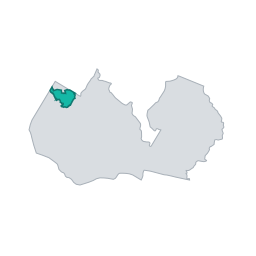 Zambezi, North-Western, Zambia shown in context, rotated 31°
{"feature_id": "96606910B76619304368438", "entity_name": "Zambezi", "entity_type": "district", "adm_level": 2, "iso_a3": "ZMB", "parent_name": "Zambia", "parent_adm1": "North-Western", "projection": "mercator", "projection_center": [22.726, -13.599], "detail": "medium", "context": "in_parent", "style": "filled", "palette": "teal", "viewbox_px": 256, "rotation_deg": 31, "n_neighbors": 0, "source": "geoboundaries", "source_scale": "gbopen_adm2", "svg_char_len": 5222}
<svg xmlns="http://www.w3.org/2000/svg" viewBox="0 0 256 256"><g transform="rotate(31 128 128)"><path d="M166.1,165.8L156.2,165.8L152.7,166.6L149.7,167.9L146.2,169.8L144.2,171.1L143.6,171.9L143.3,173.5L143.3,176.0L143.0,177.8L141.9,179.5L136.6,181.5L133.1,183.2L129.7,185.1L127.1,187.7L125.3,190.8L122.3,194.7L116.2,201.6L112.6,202.9L109.6,202.6L106.0,201.1L103.1,200.9L101.0,201.8L99.1,201.5L97.3,200.0L95.7,199.5L94.5,199.9L93.0,199.8L90.1,199.0L87.6,196.6L86.3,195.5L85.3,195.2L82.3,194.8L75.6,194.2L68.5,195.4L62.3,196.7L56.0,191.2L50.0,185.3L48.7,183.9L46.4,181.9L44.8,181.0L44.1,180.5L42.5,175.4L41.6,170.6L41.6,125.5L69.2,125.5L70.9,125.3L71.0,124.8L69.7,122.4L69.8,121.6L70.1,119.9L71.4,116.7L71.4,115.6L70.9,112.1L70.9,110.1L71.2,106.2L71.1,104.8L71.7,103.0L71.9,101.8L72.2,101.3L71.9,100.0L71.3,95.3L71.0,93.3L72.6,93.6L73.2,94.5L73.5,95.6L74.3,95.7L76.2,96.3L76.9,97.2L77.4,99.1L77.1,100.0L76.4,100.8L77.1,101.5L78.4,102.0L79.2,101.8L81.4,100.5L83.4,100.1L84.5,99.7L89.0,98.9L89.9,98.4L90.6,98.4L91.0,98.8L90.6,100.1L90.5,101.3L91.0,103.6L91.4,104.6L92.4,105.4L93.1,105.8L93.9,106.6L95.4,106.4L98.9,107.6L100.0,108.1L101.5,108.6L102.5,108.8L106.1,109.3L109.9,109.9L111.9,109.9L113.3,109.8L114.2,109.5L114.8,109.1L115.1,108.8L116.5,104.5L117.3,104.2L118.2,104.0L118.8,104.3L119.4,107.0L122.1,109.5L123.1,111.5L123.8,113.3L124.4,113.7L125.4,114.3L127.1,114.6L128.6,114.6L136.0,117.6L136.8,118.2L137.7,119.7L138.2,121.6L138.8,123.0L139.8,123.2L140.6,123.4L141.5,124.3L142.1,125.2L144.3,128.7L144.6,130.1L145.7,131.1L147.1,131.5L148.4,131.5L149.2,131.1L151.1,130.4L152.6,129.5L153.7,129.2L154.3,129.4L154.8,130.0L155.1,131.8L156.1,132.4L156.9,132.1L157.2,131.4L157.2,131.1L157.2,112.7L156.5,112.8L155.7,113.3L153.7,113.4L153.0,113.8L152.7,114.3L152.9,115.1L152.9,116.2L152.6,116.6L151.8,116.8L150.5,116.4L148.3,115.9L146.4,115.6L145.1,114.2L143.2,112.1L142.0,111.1L139.2,108.9L138.7,108.5L137.8,107.5L137.0,105.8L136.3,103.8L135.9,102.5L136.6,100.6L138.3,94.2L138.7,92.2L140.1,90.2L140.2,88.4L139.6,86.1L139.8,84.9L140.0,77.6L139.6,75.3L138.7,72.8L136.6,69.3L136.6,68.5L139.8,66.3L140.7,65.4L142.4,63.5L143.5,62.0L144.2,60.7L144.5,59.0L143.9,57.5L145.0,57.2L171.4,53.1L171.7,54.2L172.5,56.0L173.4,57.3L174.6,58.5L175.5,59.1L176.2,59.4L180.2,59.3L181.7,60.0L183.0,60.9L183.3,62.3L184.1,63.1L185.0,63.8L185.4,63.9L186.1,63.7L187.1,63.7L188.1,64.0L188.6,64.3L188.7,65.5L189.0,66.0L190.4,66.2L191.8,66.3L193.1,67.1L194.6,67.2L196.2,67.5L197.0,68.4L198.8,69.2L201.0,70.0L203.4,71.3L203.5,71.7L203.9,72.4L204.3,73.0L204.4,73.8L204.6,74.5L205.2,74.7L205.7,74.7L206.2,74.2L206.8,74.2L207.5,74.6L207.8,75.4L208.3,76.6L209.2,77.3L209.8,78.1L209.6,79.5L209.2,80.7L210.4,82.0L212.0,83.2L212.4,83.7L212.6,85.5L212.8,86.1L213.9,87.5L214.4,88.5L214.4,89.0L211.5,91.9L209.7,92.4L209.0,93.0L208.5,93.6L209.6,96.5L210.2,97.6L209.7,99.0L208.6,101.3L208.1,101.5L208.0,103.3L208.3,103.9L208.9,104.4L209.1,105.6L209.1,108.6L208.4,112.0L209.7,115.0L210.1,115.3L211.9,115.3L212.2,115.6L211.8,116.4L210.5,117.7L208.2,118.7L204.9,119.9L204.3,120.9L203.8,122.5L204.2,123.4L204.6,123.9L204.5,125.3L204.2,126.7L204.3,127.9L204.1,128.9L203.7,129.4L203.1,130.9L202.4,132.4L201.9,133.1L201.0,133.8L199.7,134.4L199.8,134.7L201.2,135.4L201.6,135.9L201.8,136.3L201.1,137.0L201.8,137.5L202.7,137.9L203.4,138.9L204.3,140.8L204.5,141.0L204.8,141.0L205.3,140.8L206.2,140.1L206.8,139.8L207.6,140.9L193.9,145.6L190.6,146.6L185.8,148.2L184.3,148.9L183.0,149.5L170.2,153.2L168.2,153.9L163.7,155.8L163.5,156.1L163.6,157.0L164.0,158.8L164.8,160.4L165.4,161.3L165.9,163.7L166.1,165.8Z" fill="#d9dde1" stroke="#a8b0b8" stroke-width="1"/><path d="M41.8,132.1L41.9,136.5L41.9,136.4L42.1,136.3L43.0,136.9L43.6,137.1L44.0,136.8L44.5,137.2L44.8,137.0L45.2,137.1L45.5,136.8L46.0,136.9L46.3,137.2L46.5,137.2L46.6,137.6L47.0,137.5L47.7,138.1L48.0,138.2L48.1,138.5L48.5,138.8L48.9,138.8L49.5,139.3L49.4,139.3L50.1,139.8L50.5,139.7L50.6,139.9L50.9,139.8L50.9,140.0L51.2,139.9L51.3,140.3L51.6,140.4L51.6,140.7L51.8,140.4L52.3,140.8L52.4,140.6L52.7,140.8L53.1,139.5L53.7,139.6L54.5,138.8L56.2,139.8L56.6,140.8L57.1,140.8L58.1,140.5L58.2,140.8L58.5,141.2L58.9,141.3L59.3,141.2L59.9,140.9L60.0,140.7L60.3,141.2L60.3,141.7L59.9,142.5L59.5,142.8L59.3,143.5L59.7,143.5L59.7,143.2L59.9,143.2L60.0,143.3L59.9,143.6L60.2,143.8L60.5,143.5L61.0,143.6L61.2,143.4L61.1,143.2L62.3,143.3L62.8,142.4L63.4,142.2L64.5,142.2L65.4,141.4L65.6,141.2L65.4,140.7L65.5,140.2L65.8,140.0L65.7,139.8L66.0,139.6L66.2,139.0L66.0,138.7L66.2,138.4L66.4,138.6L66.8,138.2L66.7,138.0L66.9,137.4L66.6,136.6L66.7,135.0L66.4,134.3L66.6,133.2L66.5,132.9L66.5,132.1L66.4,131.9L66.5,131.1L67.3,129.9L66.2,128.9L66.1,128.3L65.7,127.0L65.4,126.7L64.3,126.6L64.2,126.3L63.9,126.1L64.6,125.4L58.4,125.4L58.0,125.9L56.1,126.5L55.8,126.7L55.5,127.3L54.9,127.8L54.4,128.5L54.7,128.8L55.5,129.1L56.0,129.6L55.9,130.1L56.0,130.3L56.5,130.3L56.7,130.5L56.1,130.7L55.0,131.5L54.9,131.2L53.9,131.8L53.0,132.2L52.8,131.7L51.6,130.3L51.4,129.9L47.3,131.5L44.9,134.5L44.5,134.2L44.6,133.9L44.4,133.8L44.6,133.6L44.4,133.7L44.5,133.6L44.3,133.5L44.1,133.6L43.8,133.3L43.4,133.2L43.2,133.2L42.9,133.1L42.8,132.9L42.4,132.8L42.2,132.4L42.1,132.2L41.9,132.2L41.8,132.1Z" fill="#14b8a6" stroke="#0f766e" stroke-width="1.5"/></g></svg>